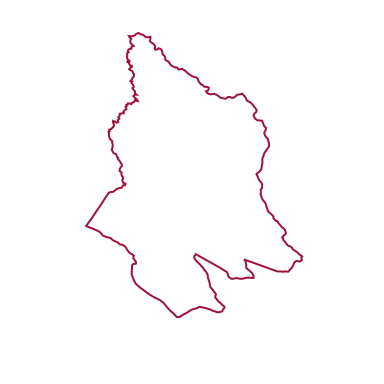 the district of Água Fria de Goiás, Goiás, Brazil, rotated 118°
{"feature_id": "56859067B46461362278919", "entity_name": "Água Fria de Goiás", "entity_type": "district", "adm_level": 2, "iso_a3": "BRA", "parent_name": "Brazil", "parent_adm1": "Goiás", "projection": "equal_earth", "projection_center": [-47.827, -14.895], "detail": "fine", "context": "isolated", "style": "outline", "palette": "rose", "viewbox_px": 384, "rotation_deg": 118, "n_neighbors": 0, "source": "geoboundaries", "source_scale": "gbopen_adm2", "svg_char_len": 5562}
<svg xmlns="http://www.w3.org/2000/svg" viewBox="0 0 384 384"><g transform="rotate(118 192 192)"><path d="M307.5,152.9L308.2,150.7L308.7,148.9L309.5,147.0L308.9,145.2L307.5,143.8L305.4,142.8L303.4,141.6L302.4,140.7L298.6,138.5L297.1,137.8L295.8,136.9L293.8,134.7L292.5,133.3L290.5,132.1L289.5,130.5L288.9,128.4L288.5,126.8L287.8,124.1L287.6,122.5L287.2,121.2L287.2,118.3L286.7,116.9L286.6,114.7L286.3,113.3L285.6,111.9L284.4,110.4L283.1,109.3L281.3,109.5L279.5,109.0L278.0,109.5L277.6,111.9L276.9,114.1L276.5,115.6L276.2,117.4L275.0,119.9L274.2,122.0L272.8,122.6L271.1,122.8L269.8,125.2L268.6,128.0L267.3,131.2L265.1,132.9L263.6,134.2L262.3,135.5L260.7,137.1L259.5,138.2L257.8,139.3L256.4,141.1L255.5,142.9L255.1,144.5L254.2,146.0L253.2,148.1L252.8,149.5L252.1,151.2L251.5,153.7L250.6,156.4L249.2,159.0L247.7,159.9L246.4,159.5L245.1,159.5L245.7,133.2L246.4,123.2L247.5,122.1L249.2,120.5L249.9,119.0L250.2,117.0L249.8,115.6L248.4,113.9L247.1,112.4L246.6,110.7L246.0,108.9L245.2,107.1L244.4,106.2L241.6,102.9L240.0,99.3L238.9,97.3L236.8,98.5L235.6,100.5L234.7,103.4L234.3,105.4L233.8,107.9L232.6,109.1L231.0,109.8L227.8,112.4L227.1,114.4L222.0,79.1L220.8,77.0L220.0,75.1L219.5,73.8L218.6,72.9L217.1,69.6L215.7,69.3L214.6,69.1L213.3,68.6L211.4,68.3L208.9,68.2L206.7,68.7L205.3,68.1L203.9,67.6L202.6,63.9L200.5,63.1L198.7,64.6L197.1,64.4L196.8,66.4L196.6,68.3L195.8,70.4L195.5,73.6L195.3,76.0L194.3,77.5L193.9,79.9L194.3,82.1L193.4,84.4L192.3,86.4L191.7,88.5L190.6,89.5L189.7,91.2L188.5,90.8L186.9,90.5L185.5,89.6L183.9,90.0L182.2,91.8L181.1,93.5L181.0,95.6L180.3,97.4L179.4,99.6L178.6,101.7L177.7,102.6L178.2,104.1L177.6,106.0L176.8,108.0L175.4,108.5L174.7,110.5L174.1,112.4L173.8,114.6L173.2,115.9L172.1,117.0L171.2,118.1L169.8,119.6L168.3,121.0L167.2,122.1L166.5,124.0L165.8,125.6L165.0,126.8L163.1,129.0L161.8,130.4L159.7,131.1L157.9,132.3L156.8,132.3L155.6,132.0L154.6,132.5L152.9,133.2L151.3,134.9L150.1,138.0L148.4,140.3L147.1,141.8L146.2,143.4L145.0,143.4L144.0,142.6L142.0,141.9L140.1,141.5L138.3,141.8L136.0,142.7L133.9,143.2L129.2,145.7L127.1,145.7L125.0,146.3L123.6,146.3L121.7,146.2L120.0,146.0L117.9,145.7L115.1,145.5L113.6,146.5L112.2,147.5L111.3,148.4L109.6,149.8L108.8,152.3L107.3,154.6L106.2,155.9L104.5,156.1L102.6,156.1L100.7,156.6L99.7,159.7L98.6,160.6L97.6,161.9L96.1,163.6L96.8,165.2L98.0,167.8L97.6,170.5L96.7,172.1L95.9,173.4L94.9,173.8L93.2,173.6L90.9,172.8L89.5,173.4L88.5,174.7L87.7,176.9L86.5,179.1L86.0,180.8L85.4,182.9L85.6,186.0L84.9,187.3L83.7,188.7L82.8,190.4L82.1,192.5L81.7,193.9L82.8,195.0L84.0,196.4L84.9,197.8L86.6,198.3L88.5,199.1L89.5,199.8L90.2,201.2L90.3,203.0L91.2,204.8L92.9,205.5L94.0,206.3L94.4,207.7L95.0,209.6L95.4,211.3L95.0,213.0L94.7,214.4L94.8,218.4L96.9,221.1L97.3,222.7L97.6,224.9L96.5,226.9L95.2,225.6L93.5,225.6L92.0,226.2L92.2,228.4L93.3,230.4L92.6,233.3L92.9,234.8L92.1,235.8L91.6,237.5L90.6,238.7L89.2,240.3L89.0,242.3L89.4,244.0L89.7,246.3L89.4,249.0L89.2,251.3L88.4,253.7L88.1,255.8L87.9,258.5L90.2,261.5L89.0,263.5L89.9,265.0L90.1,268.0L89.7,270.8L88.8,272.4L87.8,274.0L88.1,276.2L87.7,277.7L86.7,278.4L85.7,279.2L84.6,280.3L84.3,282.6L82.7,283.6L81.2,284.9L80.4,287.0L80.8,289.0L82.4,289.7L83.5,291.0L82.7,292.5L81.4,292.6L80.3,293.6L79.3,295.2L79.0,298.6L78.5,300.1L77.4,300.4L75.7,300.8L74.5,301.7L75.5,302.8L76.4,304.2L77.0,305.5L76.3,308.1L76.4,310.1L76.9,311.7L76.7,313.9L78.5,315.4L80.4,316.0L82.2,317.5L83.0,318.7L83.9,320.9L84.7,319.6L85.2,317.7L87.3,317.6L89.4,316.1L90.0,314.0L90.4,312.1L92.1,313.6L94.0,312.8L94.8,314.1L95.9,314.8L97.6,315.0L98.5,313.5L99.9,314.4L101.4,313.6L102.8,312.8L104.3,312.3L105.4,309.8L106.4,310.4L107.5,310.0L106.3,308.4L108.2,307.9L109.4,305.8L108.8,304.4L109.9,303.9L111.3,304.7L113.1,305.1L113.3,303.1L113.2,301.4L114.6,300.0L115.3,298.3L117.3,297.5L119.3,298.2L120.5,297.9L122.8,298.4L122.5,296.7L123.9,296.8L124.8,295.0L125.9,293.3L127.1,292.7L128.3,293.3L129.1,291.8L129.9,289.5L131.8,288.7L132.1,286.6L133.0,288.1L134.8,288.8L135.4,287.0L136.2,284.1L137.1,282.5L137.6,283.9L137.7,285.6L138.9,285.2L140.1,285.6L141.4,286.9L142.8,286.8L143.3,289.0L143.9,290.2L145.1,289.9L145.9,290.9L146.8,290.0L148.1,290.6L149.3,288.9L151.2,289.6L152.9,290.3L154.5,289.2L155.0,290.6L156.1,291.2L156.8,292.5L159.0,291.6L160.5,292.2L161.4,290.6L163.3,291.1L164.7,290.0L166.2,291.1L166.0,293.1L166.2,295.0L167.5,294.5L169.0,292.7L170.6,291.8L172.4,292.4L173.9,292.7L175.9,294.4L176.8,293.3L178.2,294.0L179.2,292.7L180.5,292.2L181.5,291.4L182.9,290.3L183.9,289.0L184.1,287.4L184.8,286.1L186.0,285.7L187.0,284.5L188.2,283.9L189.8,283.1L191.3,282.9L192.6,282.6L193.3,281.2L194.1,280.3L194.5,279.0L194.2,277.1L195.2,275.7L196.1,274.7L196.4,273.2L197.7,272.9L198.3,271.1L199.4,269.0L200.7,266.8L202.4,266.1L203.8,266.6L205.1,266.6L206.2,266.3L207.5,265.7L207.7,263.4L209.5,262.7L210.6,261.6L211.1,260.2L212.4,259.1L214.0,259.2L215.1,258.5L216.1,256.9L215.9,254.6L217.5,254.3L218.0,255.6L219.9,256.2L221.5,256.2L222.5,258.0L223.6,258.8L224.5,259.8L225.5,260.1L227.4,261.0L229.0,261.8L230.2,263.7L231.7,265.1L262.3,268.2L271.7,269.5L271.3,264.5L270.8,261.4L270.8,259.7L270.5,256.9L270.9,253.4L272.3,250.6L272.0,246.7L271.6,244.9L270.9,242.5L271.7,239.0L271.6,236.4L271.3,233.6L272.2,231.7L271.2,228.1L271.4,225.8L274.4,220.3L275.2,218.0L275.0,215.8L275.5,213.5L278.0,212.8L279.2,210.1L280.0,208.7L281.5,207.9L283.4,210.2L284.7,210.5L293.1,206.6L297.1,202.0L299.5,198.3L300.1,195.6L300.9,192.6L301.2,189.3L301.6,187.7L302.3,182.6L302.7,176.6L302.5,171.9L302.6,168.9L303.2,165.1L304.4,162.4L306.3,157.8L307.3,154.7L307.5,152.9Z" fill="none" stroke="#9f1239" stroke-width="2"/></g></svg>